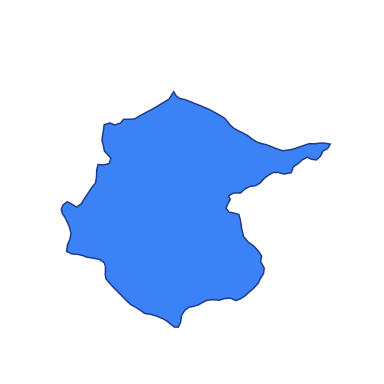 the district of Araçaí, Minas Gerais, Brazil, rotated 222°
{"feature_id": "56859067B97028441467773", "entity_name": "Araçaí", "entity_type": "district", "adm_level": 2, "iso_a3": "BRA", "parent_name": "Brazil", "parent_adm1": "Minas Gerais", "projection": "orthographic", "projection_center": [-44.223, -19.251], "detail": "fine", "context": "isolated", "style": "filled", "palette": "blue", "viewbox_px": 384, "rotation_deg": 222, "n_neighbors": 0, "source": "geoboundaries", "source_scale": "gbopen_adm2", "svg_char_len": 2024}
<svg xmlns="http://www.w3.org/2000/svg" viewBox="0 0 384 384"><g transform="rotate(222 192 192)"><path d="M302.2,183.1L298.4,177.6L295.8,173.4L293.2,169.9L289.2,167.4L284.5,163.8L280.4,163.4L274.7,162.7L272.7,157.5L276.1,152.7L280.2,149.6L277.6,144.6L273.6,140.0L269.8,134.4L269.5,128.2L268.4,121.4L267.4,114.2L266.4,109.2L267.6,103.6L273.4,102.5L278.3,101.2L279.1,95.6L277.4,91.4L273.8,89.2L268.7,87.9L264.8,86.3L259.7,84.0L254.5,80.4L251.4,75.9L249.2,69.5L245.5,63.9L240.0,65.5L235.4,69.1L230.6,71.7L226.8,73.0L222.0,76.2L215.7,80.0L210.1,80.7L206.6,78.9L203.8,75.7L201.1,72.5L197.7,69.8L191.5,69.1L186.5,68.5L181.0,68.2L176.8,68.0L168.6,67.5L162.3,67.3L156.8,68.7L151.0,69.6L146.1,70.0L141.2,73.2L135.7,75.9L131.8,77.3L128.2,78.6L123.9,79.3L119.2,79.5L114.8,79.8L111.7,82.5L113.4,87.7L117.2,93.4L118.2,99.2L117.2,104.2L114.2,108.3L111.7,112.4L110.4,116.5L108.4,121.7L104.6,125.8L99.2,130.0L96.7,134.4L92.3,138.9L86.7,140.7L84.5,145.0L83.0,150.8L82.6,155.9L81.8,161.1L81.8,168.4L83.4,174.0L84.3,179.3L87.5,183.8L94.4,186.2L97.4,191.0L102.5,192.3L109.4,193.2L116.8,192.4L123.7,193.3L130.1,197.6L136.5,203.0L142.1,206.6L146.1,204.8L151.0,201.8L155.8,202.7L157.4,207.0L158.5,211.8L162.3,213.7L160.3,219.3L155.3,223.6L154.8,229.2L152.8,234.9L148.9,239.3L147.4,244.4L147.4,251.3L146.2,256.4L144.7,260.8L140.8,264.4L135.6,266.9L131.2,272.8L133.5,278.4L132.2,283.8L131.6,289.6L129.7,294.9L125.0,296.3L121.0,299.2L120.5,304.5L122.1,310.1L120.3,315.1L121.3,320.1L126.3,316.9L129.7,313.9L133.1,309.9L137.1,306.5L139.5,302.4L142.3,297.4L145.3,291.9L148.3,287.9L152.1,283.4L157.7,280.9L163.4,278.8L168.1,277.0L172.3,274.8L176.5,272.8L182.4,271.6L188.4,271.2L193.4,270.0L198.2,268.6L203.4,267.3L208.1,267.3L216.9,268.6L222.7,267.6L234.8,264.8L243.6,261.7L259.0,256.0L263.7,253.3L268.0,252.8L272.7,254.2L271.2,245.5L273.3,238.8L275.2,232.6L276.8,227.2L278.9,221.8L280.6,217.0L282.1,212.8L283.4,208.2L287.4,203.9L291.5,200.3L291.3,195.2L294.3,190.1L299.2,188.4L302.2,183.1Z" fill="#3b82f6" stroke="#1e3a8a" stroke-width="1.5"/></g></svg>